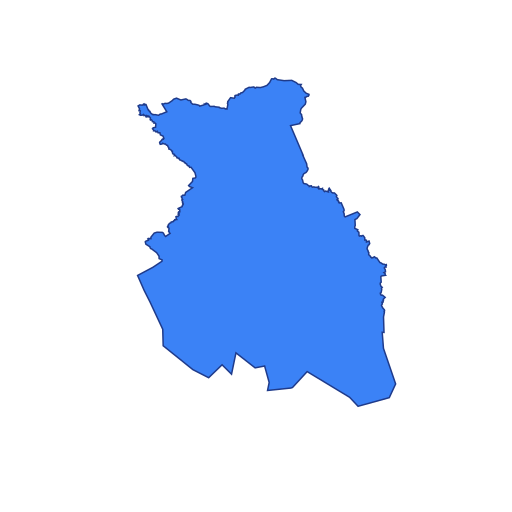 outline of Huejotitán, Chihuahua, Mexico, rotated 331°
{"feature_id": "50627088B75721726599609", "entity_name": "Huejotitán", "entity_type": "district", "adm_level": 2, "iso_a3": "MEX", "parent_name": "Mexico", "parent_adm1": "Chihuahua", "projection": "robinson", "projection_center": [-106.036, 27.072], "detail": "fine", "context": "isolated", "style": "filled", "palette": "blue", "viewbox_px": 512, "rotation_deg": 331, "n_neighbors": 0, "source": "geoboundaries", "source_scale": "gbopen_adm2", "svg_char_len": 6062}
<svg xmlns="http://www.w3.org/2000/svg" viewBox="0 0 512 512"><g transform="rotate(331 256 256)"><path d="M352.0,110.9L348.3,112.1L344.5,111.6L341.5,110.8L338.1,108.6L337.0,108.9L336.4,108.3L336.1,107.1L332.4,105.7L331.8,105.1L327.4,104.9L326.5,105.6L323.4,106.5L321.8,106.0L320.4,106.6L319.6,105.9L319.0,105.9L318.5,106.8L317.5,106.1L315.7,105.5L315.0,105.8L314.8,106.8L313.5,107.5L310.5,105.2L306.1,107.3L305.7,108.3L305.1,108.5L304.8,109.9L301.8,113.4L301.2,112.7L300.5,112.6L299.8,111.2L297.6,110.2L295.8,108.4L295.9,108.0L292.6,105.7L292.1,104.9L288.6,103.1L288.2,102.3L287.8,99.6L286.8,98.3L286.1,98.2L285.8,99.0L285.0,98.8L284.5,98.0L284.2,98.5L283.7,98.6L279.4,97.6L279.3,96.7L278.5,95.8L276.2,93.7L274.2,92.5L273.4,90.0L274.0,89.3L273.9,88.6L273.6,87.9L272.3,87.2L271.3,85.2L270.8,84.6L265.9,83.1L263.0,79.4L260.0,78.9L258.0,79.5L253.6,79.9L251.8,79.3L250.5,78.4L248.2,78.1L247.5,76.8L247.9,86.6L241.7,85.9L241.1,85.4L239.0,85.7L236.3,83.4L235.0,82.9L234.6,82.2L234.2,82.2L233.2,80.0L233.3,78.1L232.9,78.0L232.9,77.0L232.6,76.5L232.9,76.2L232.6,75.2L233.2,70.3L232.5,70.1L232.4,69.2L231.5,69.6L231.4,69.0L231.1,69.1L231.0,68.7L230.5,69.0L229.6,68.9L227.6,67.5L225.6,67.6L225.5,70.8L224.2,72.1L225.0,72.5L225.2,73.0L223.9,74.5L223.8,75.6L222.5,75.9L223.3,77.0L225.2,77.8L226.2,77.7L226.1,78.9L226.9,79.0L227.4,79.8L227.3,81.1L227.7,81.3L228.6,80.3L228.9,80.8L228.7,81.4L228.9,81.8L229.5,82.2L229.9,81.6L230.2,81.9L230.6,84.1L229.7,85.1L229.6,85.9L230.6,86.1L230.8,87.1L230.5,88.3L231.7,89.1L231.6,89.8L231.2,90.3L232.2,90.8L232.5,91.8L230.6,94.7L228.2,94.0L227.7,94.6L227.2,94.6L227.5,96.6L227.2,96.9L228.3,97.5L228.7,99.1L230.1,99.0L230.1,100.8L231.7,101.6L231.1,103.7L232.8,106.0L232.5,108.4L231.6,108.4L231.5,109.0L230.3,108.5L229.5,109.1L227.1,109.7L226.6,110.2L226.4,111.9L228.2,112.5L229.0,112.1L230.2,113.7L231.0,114.0L231.5,115.7L232.3,116.4L232.0,117.7L232.2,119.2L231.6,120.1L232.7,121.3L233.2,122.6L233.2,123.9L233.6,124.0L232.9,125.4L232.9,126.5L233.9,127.5L233.2,128.6L233.9,128.6L234.1,129.1L234.6,130.8L234.5,131.8L235.0,131.9L235.3,133.0L236.0,133.1L235.9,135.0L236.7,135.7L237.0,136.6L237.7,137.0L237.9,137.8L238.7,138.3L238.7,139.8L239.3,140.1L239.4,141.1L240.0,141.8L239.8,142.9L240.4,144.4L241.0,144.6L240.9,146.3L242.2,146.9L243.0,153.5L242.1,157.1L241.4,158.1L240.8,158.3L238.4,157.5L236.6,160.0L231.2,161.7L231.5,163.0L233.6,165.5L225.3,166.3L223.2,168.3L221.5,167.3L221.1,167.6L219.6,167.6L219.3,168.4L219.5,169.5L219.0,170.3L219.2,170.9L218.4,171.0L218.1,171.8L218.3,172.7L217.6,173.6L217.9,174.6L217.2,174.9L217.2,175.8L216.1,176.0L215.4,177.0L210.9,176.7L210.9,177.6L211.7,177.9L211.8,178.4L210.8,180.4L209.7,179.9L208.8,180.7L209.3,181.4L208.3,181.9L208.8,182.4L208.7,182.9L206.8,183.6L206.5,183.1L205.1,182.8L204.2,185.1L204.3,185.6L202.5,184.8L202.2,185.4L200.9,185.3L200.6,185.7L199.8,185.8L199.3,185.4L198.1,185.2L197.6,185.7L196.2,185.5L194.3,186.3L194.0,187.1L193.2,187.1L192.7,187.6L192.9,188.6L193.3,188.7L193.2,190.0L192.1,191.2L191.9,192.2L191.5,192.3L191.8,194.6L186.4,195.1L186.0,193.6L186.1,191.1L185.6,190.0L181.0,187.2L178.1,186.6L173.2,188.6L172.5,189.9L170.3,188.4L169.7,188.6L170.1,189.6L169.6,190.1L166.9,189.6L166.0,189.9L165.4,192.3L167.7,196.5L167.4,197.5L167.5,198.5L168.1,199.1L170.7,204.9L171.1,209.1L170.0,211.3L172.0,213.9L171.2,215.0L160.3,215.9L143.0,215.6L141.5,231.8L141.0,244.9L138.9,274.9L131.3,289.5L145.7,324.8L155.6,339.5L173.6,334.7L177.3,347.5L191.5,331.0L201.0,353.4L210.2,356.4L206.2,373.0L200.9,379.2L222.5,388.4L224.2,388.7L244.7,381.9L269.4,425.0L272.4,436.9L303.9,444.5L316.1,435.6L322.7,398.6L329.4,383.9L330.9,384.9L338.0,371.1L341.0,367.5L341.3,366.4L341.9,366.3L342.2,365.3L341.7,362.9L341.7,360.3L342.0,359.8L343.3,359.2L343.7,357.5L344.6,358.0L345.1,357.6L345.6,356.3L346.1,356.4L346.6,355.4L348.9,354.8L347.6,351.5L346.5,351.0L346.4,349.4L346.8,348.7L347.5,348.8L348.0,348.3L349.7,346.3L350.1,345.0L351.2,344.6L350.6,343.1L351.0,340.8L351.6,339.9L352.8,339.6L355.1,334.7L355.5,334.4L356.4,334.4L360.0,335.7L359.9,335.0L360.4,334.0L359.8,332.5L361.6,332.6L362.4,330.7L362.4,328.6L363.3,328.2L364.4,328.7L364.6,327.9L365.4,327.6L365.8,326.7L364.8,326.5L364.4,325.6L362.9,324.5L362.1,322.8L361.2,321.8L360.7,316.3L359.6,315.6L359.5,314.7L359.1,314.0L357.5,314.2L356.4,313.9L356.5,313.3L355.8,312.8L355.8,311.0L355.2,309.5L356.4,307.6L356.1,306.7L356.5,306.1L356.6,303.6L357.9,302.1L359.5,300.9L360.2,301.0L361.5,300.2L362.1,297.7L359.4,297.3L360.2,295.8L359.8,295.2L358.9,294.8L360.0,292.7L359.6,290.0L358.7,289.6L357.9,289.8L357.4,289.1L356.1,288.7L356.0,288.1L357.5,285.1L356.8,283.5L356.8,283.1L357.8,282.4L355.8,279.7L356.6,278.2L357.6,277.4L360.2,272.1L362.4,272.2L367.0,270.2L366.0,266.6L352.9,265.0L352.6,263.8L353.6,261.7L353.8,259.6L355.0,259.1L355.6,257.8L356.3,250.8L354.7,250.1L354.3,249.5L354.8,249.2L354.6,248.0L354.8,247.7L354.2,247.0L354.1,246.1L355.1,246.1L355.6,245.4L355.3,245.0L355.0,243.1L356.1,242.2L355.3,239.3L354.9,238.6L353.9,238.3L353.0,237.0L352.8,235.7L353.2,235.2L352.9,232.2L351.8,232.8L351.8,234.0L350.5,234.0L350.3,235.0L348.3,232.9L347.1,232.9L346.9,231.7L347.2,231.0L346.4,230.1L346.9,229.1L345.6,229.0L344.4,227.9L343.6,228.0L343.4,227.6L343.4,226.9L344.4,226.2L344.3,225.5L342.9,225.9L342.1,225.1L340.7,224.4L340.2,223.6L338.9,223.3L338.3,222.3L338.5,221.5L338.1,221.2L336.8,221.1L337.0,220.9L336.1,220.1L335.2,217.7L332.9,215.7L332.8,214.7L333.6,212.0L333.5,211.2L333.7,210.2L334.4,209.4L335.9,208.7L336.6,207.8L337.8,207.2L340.3,207.2L342.1,206.4L343.5,205.4L344.1,204.4L343.8,202.9L345.0,199.9L345.8,190.4L346.1,190.5L349.4,158.7L358.6,161.5L359.0,160.8L361.4,160.1L362.7,159.3L363.4,158.2L363.3,157.4L363.7,156.9L363.7,156.1L364.4,154.5L364.0,152.3L366.3,149.4L367.5,148.7L372.7,147.1L374.4,145.3L375.7,141.0L376.6,141.3L377.8,141.1L379.2,141.6L380.4,140.9L380.7,140.3L378.8,138.0L377.8,134.9L378.0,131.7L377.3,129.9L377.6,128.5L378.7,127.9L376.1,126.3L375.2,123.8L372.4,119.7L365.6,116.3L360.1,112.1L359.2,109.9L358.5,109.5L357.3,109.9L356.7,109.2L355.5,108.6L352.0,110.9Z" fill="#3b82f6" stroke="#1e3a8a" stroke-width="1.5"/></g></svg>